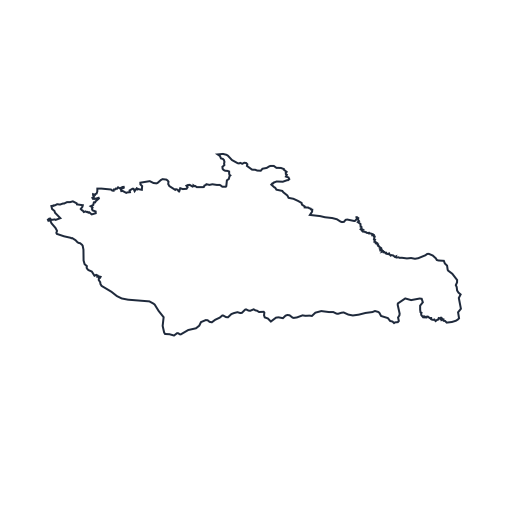 the district of Khao Khitchakut, Chanthaburi, Thailand, rotated 101°
{"feature_id": "78962969B7346978747814", "entity_name": "Khao Khitchakut", "entity_type": "district", "adm_level": 2, "iso_a3": "THA", "parent_name": "Thailand", "parent_adm1": "Chanthaburi", "projection": "equal_earth", "projection_center": [102.068, 12.967], "detail": "fine", "context": "isolated", "style": "outline", "palette": "slate", "viewbox_px": 512, "rotation_deg": 101, "n_neighbors": 0, "source": "geoboundaries", "source_scale": "gbopen_adm2", "svg_char_len": 6101}
<svg xmlns="http://www.w3.org/2000/svg" viewBox="0 0 512 512"><g transform="rotate(101 256 256)"><path d="M163.6,313.0L164.7,310.5L166.9,309.0L167.0,307.1L167.9,305.8L169.7,304.9L171.2,305.0L172.8,304.4L174.9,306.0L176.8,305.4L177.7,304.3L178.2,302.6L177.9,300.2L178.2,298.5L180.5,298.0L181.4,297.5L181.8,296.6L182.7,297.2L185.6,297.4L187.3,299.0L193.1,298.5L193.8,298.9L194.4,302.3L193.3,304.5L193.2,305.6L193.7,307.8L193.9,312.5L195.1,315.3L195.0,318.4L196.0,318.9L196.7,320.1L198.1,320.3L198.5,321.0L199.7,327.3L198.9,329.0L199.2,329.6L198.6,330.9L199.4,330.8L200.0,331.5L198.8,334.7L199.4,335.7L199.2,336.2L200.3,337.7L201.6,336.3L203.3,337.0L204.3,340.7L203.9,343.3L207.3,343.7L207.3,344.2L205.9,345.6L205.7,347.3L206.5,347.9L203.9,354.4L202.1,355.9L199.7,356.1L198.7,357.3L198.1,358.6L198.4,362.4L199.6,363.9L203.1,366.6L203.7,367.6L203.9,370.6L202.8,374.6L206.1,383.5L207.8,383.1L209.1,381.1L212.8,380.7L212.8,384.0L212.4,385.7L213.3,385.5L213.3,386.6L215.5,387.5L213.4,389.0L213.5,390.0L215.8,392.6L217.4,391.9L218.2,394.6L218.8,395.4L217.6,399.3L218.0,400.6L216.2,401.4L214.2,398.8L213.4,399.1L213.7,400.1L215.6,402.6L214.9,404.5L216.5,405.3L216.5,406.4L217.4,406.7L217.8,408.2L219.1,408.2L219.2,409.6L218.4,411.0L219.3,420.3L220.1,424.6L222.9,424.1L225.1,424.4L226.0,425.6L226.7,425.7L226.4,427.7L227.2,427.6L228.9,426.3L230.1,427.7L231.0,427.0L230.7,425.0L228.9,421.6L229.5,421.2L233.1,424.0L234.0,424.1L234.3,425.4L237.0,425.5L238.7,427.8L239.6,425.7L241.1,426.0L242.4,425.1L242.9,421.9L244.6,421.5L246.5,425.2L244.9,428.2L245.4,428.7L244.9,429.7L245.2,430.0L244.8,432.0L245.7,433.4L244.5,434.7L244.3,435.6L243.3,437.0L240.8,435.8L239.2,435.7L239.5,441.6L238.5,442.1L237.3,446.2L238.6,448.8L239.2,451.8L241.2,454.5L241.2,455.3L242.9,458.2L243.1,461.1L244.5,462.8L244.9,464.2L245.4,464.3L245.3,464.8L246.0,466.4L248.8,465.1L250.2,462.5L251.9,461.5L256.2,455.3L258.8,459.6L258.5,460.5L259.5,463.4L259.5,464.1L258.5,465.2L258.8,466.1L260.1,467.2L260.9,466.6L260.4,466.2L260.9,464.4L262.9,463.0L266.7,458.2L269.3,456.1L271.4,456.4L272.3,455.7L273.3,448.2L273.5,441.4L273.8,440.6L273.5,439.8L274.9,436.2L276.6,433.8L277.0,432.6L277.0,431.1L278.2,428.9L279.0,428.1L282.7,426.6L293.3,424.4L296.7,422.7L298.2,420.1L299.9,420.0L301.1,418.9L301.8,417.8L302.6,414.2L306.2,410.8L305.0,409.3L305.4,407.7L306.6,407.9L306.6,406.9L306.0,405.8L306.1,404.6L307.2,404.9L307.8,406.0L309.5,405.8L311.5,403.9L313.1,403.4L314.8,401.9L318.7,391.1L321.9,384.9L323.3,379.7L323.3,373.3L320.9,352.0L322.3,347.6L323.0,346.2L328.5,341.1L333.7,335.0L342.4,334.3L348.6,331.6L349.9,330.4L349.3,326.0L349.7,321.3L346.8,318.7L346.7,317.6L347.4,315.9L347.3,314.9L341.6,308.4L338.4,301.1L335.2,298.4L331.4,297.4L328.5,293.1L328.3,291.2L329.5,289.0L329.5,286.7L326.4,283.9L323.4,279.8L320.8,277.7L320.7,276.8L321.7,273.8L321.5,271.8L317.7,269.1L316.2,266.7L314.7,263.5L315.0,260.5L314.5,259.0L310.8,256.5L310.3,255.6L311.0,253.0L310.9,251.3L308.8,248.1L309.5,246.2L309.5,244.6L310.4,242.3L309.3,237.8L310.0,237.0L312.7,236.8L314.6,235.7L315.1,232.4L317.5,228.9L312.7,224.6L311.9,222.2L311.9,217.7L308.9,215.6L307.9,213.9L307.8,211.7L309.5,208.4L309.6,207.2L308.5,204.1L305.4,199.0L305.3,196.1L304.3,192.0L304.2,189.7L300.3,186.9L297.6,181.4L297.1,173.5L296.3,169.4L297.2,166.0L297.1,164.5L295.4,161.3L294.7,159.2L295.9,154.2L295.9,149.6L294.0,144.0L291.0,137.6L288.8,131.0L287.3,128.7L287.6,125.3L288.2,124.1L291.0,121.8L291.8,114.7L294.2,111.9L294.3,109.5L295.5,107.7L294.6,106.8L293.9,104.2L292.5,103.4L289.3,104.8L286.9,103.9L285.2,104.0L276.9,107.6L275.5,107.7L269.2,101.4L269.7,95.3L266.5,87.2L266.4,85.2L269.6,83.4L273.4,85.4L277.5,84.6L279.8,83.8L280.2,82.7L281.3,82.9L282.5,82.4L284.3,80.2L284.0,78.3L283.3,78.7L283.7,76.8L282.8,76.5L282.7,75.6L283.8,73.6L283.5,72.3L284.5,72.2L284.8,71.6L284.9,69.8L284.3,68.8L285.6,67.3L284.2,66.1L283.7,65.1L282.1,64.8L282.2,64.0L281.7,63.4L282.6,62.9L281.4,62.0L282.1,61.3L283.3,61.3L282.5,59.9L283.8,59.4L283.7,58.0L285.0,56.1L283.4,51.1L281.4,47.4L279.8,45.7L278.4,44.8L272.7,46.9L268.7,44.8L258.5,48.9L254.7,47.8L253.3,50.3L251.5,52.0L248.1,53.1L246.5,54.3L243.5,53.6L241.2,54.0L236.0,59.9L233.7,64.6L233.0,65.2L229.0,66.6L227.3,69.2L224.9,70.7L225.6,76.1L225.4,77.8L224.0,79.0L221.8,82.6L220.9,86.8L221.3,88.3L223.0,89.9L227.2,96.3L228.4,99.4L228.4,103.4L229.6,107.4L229.9,112.5L230.4,114.7L230.1,115.9L230.7,117.9L230.4,118.9L229.9,118.8L230.4,119.5L229.3,121.4L229.3,123.3L229.9,123.9L229.0,125.1L228.9,126.0L228.5,125.6L228.1,125.9L228.9,126.8L228.9,128.1L228.1,128.7L228.6,129.3L227.6,130.6L228.0,131.5L227.1,132.0L227.5,132.7L227.1,132.5L226.6,133.0L226.9,135.0L226.3,135.2L226.2,134.7L225.8,135.2L225.5,134.0L224.7,134.5L224.6,135.2L224.2,135.0L223.0,137.7L222.6,137.6L222.1,138.5L221.2,138.4L220.8,140.4L220.1,139.9L219.3,141.8L219.5,142.4L218.4,142.7L217.4,142.3L217.0,143.4L214.3,143.2L214.3,144.0L213.2,144.2L213.4,145.3L212.9,145.1L212.9,145.8L212.3,145.7L212.0,147.9L212.3,149.3L211.7,149.5L212.2,151.4L211.6,152.7L211.8,153.3L211.3,154.2L211.7,155.6L211.2,156.4L210.9,156.0L210.2,157.4L209.7,156.7L209.5,158.2L208.7,157.6L207.3,158.1L207.3,158.9L204.6,159.6L203.3,162.5L202.1,161.5L200.7,163.0L199.3,162.8L198.6,164.4L198.8,164.8L200.3,164.0L202.7,165.6L202.9,166.2L202.8,173.4L203.4,174.9L205.7,176.2L206.3,178.1L206.1,179.6L204.5,183.6L204.2,188.4L204.8,195.7L204.6,200.6L205.4,210.9L201.8,209.4L199.8,209.6L199.8,210.9L199.1,211.3L199.0,212.8L198.5,213.8L199.0,217.5L198.1,217.6L196.8,220.7L195.2,221.4L193.9,225.3L192.7,230.2L192.7,235.1L190.6,236.8L188.2,241.4L187.1,242.6L187.0,248.6L185.3,250.2L185.1,251.1L183.0,254.6L181.5,253.7L181.4,252.9L180.5,252.6L178.9,249.9L178.0,243.9L175.7,240.0L175.4,238.9L174.2,238.0L172.7,239.1L172.3,241.8L170.4,241.2L169.9,242.3L168.6,242.7L167.6,242.0L165.9,245.2L165.3,245.3L164.8,248.5L165.6,252.7L164.2,255.7L164.8,258.9L165.4,260.0L167.5,262.3L169.1,266.3L171.4,267.6L171.9,271.1L171.5,273.3L172.0,276.3L169.3,282.1L167.6,282.0L166.6,283.4L166.7,285.3L168.1,287.1L167.6,289.2L168.4,290.4L168.4,291.7L166.4,297.9L162.9,302.7L162.3,304.3L162.1,307.9L163.6,313.0Z" fill="none" stroke="#1e293b" stroke-width="2"/></g></svg>